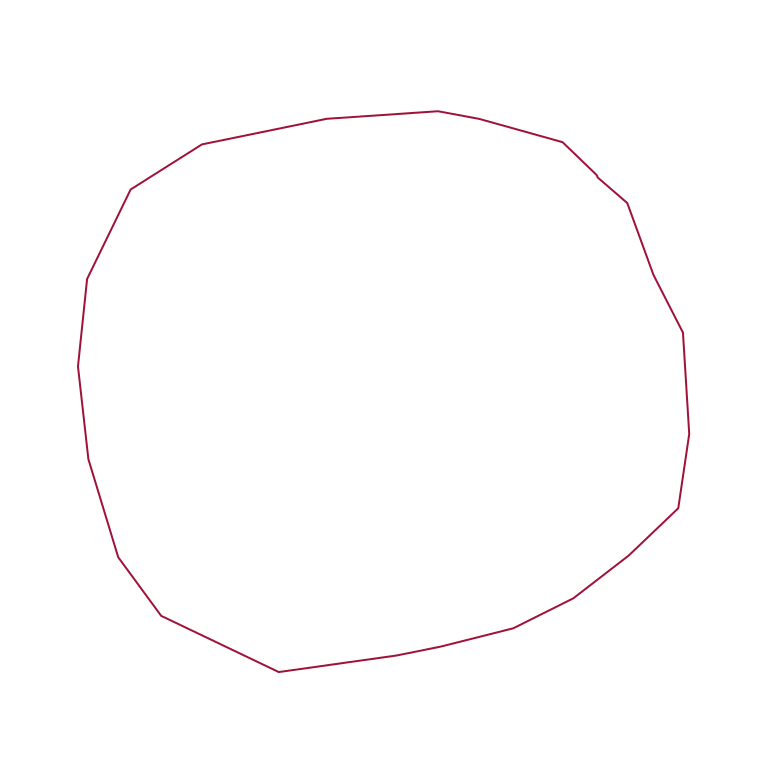 Dibaya-Lubwe, Bandundu, Democratic Republic of the Congo (orthographic projection), rotated 352°
{"feature_id": "63176286B25992661497472", "entity_name": "Dibaya-Lubwe", "entity_type": "district", "adm_level": 2, "iso_a3": "COD", "parent_name": "Democratic Republic of the Congo", "parent_adm1": "Bandundu", "projection": "orthographic", "projection_center": [19.864, -4.155], "detail": "fine", "context": "isolated", "style": "outline", "palette": "rose", "viewbox_px": 768, "rotation_deg": 352, "n_neighbors": 0, "source": "geoboundaries", "source_scale": "gbopen_adm2", "svg_char_len": 475}
<svg xmlns="http://www.w3.org/2000/svg" viewBox="0 0 768 768"><g transform="rotate(352 384 384)"><path d="M308.5,654.6L358.8,654.6L403.9,651.9L478.0,643.9L541.6,622.6L602.5,587.9L658.1,548.0L679.3,476.0L687.2,374.7L666.0,313.4L650.1,238.7L624.4,209.3L623.7,206.7L594.5,169.4L515.1,134.7L475.4,121.4L364.1,113.4L237.0,121.4L160.2,156.1L104.6,238.7L83.4,324.0L80.8,417.3L96.7,518.6L131.1,582.6L239.7,654.6L308.5,654.6Z" fill="none" stroke="#9f1239" stroke-width="2"/></g></svg>